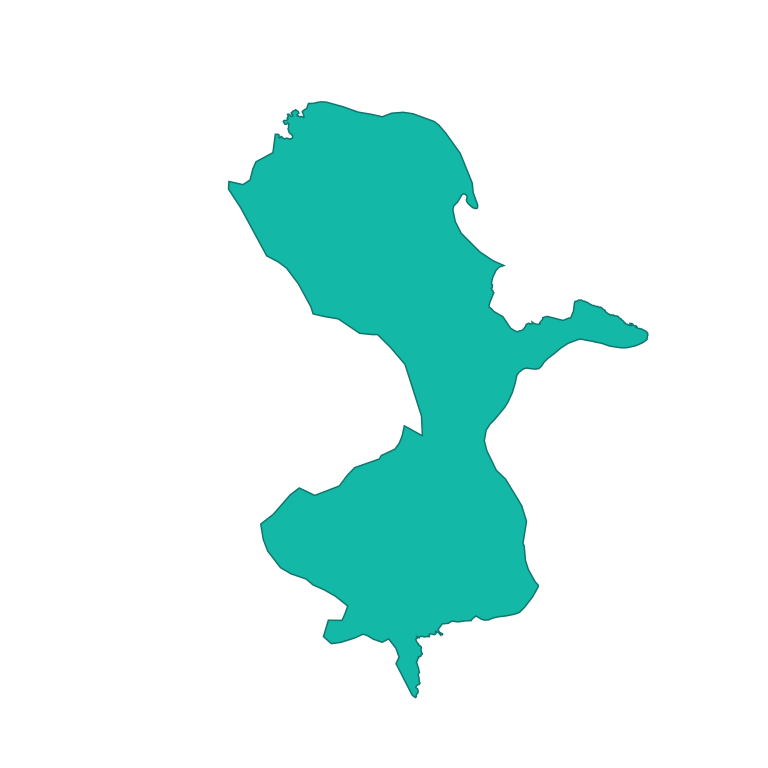 outline of Kabare, Sud-Kivu, Democratic Republic of the Congo, rotated 302°
{"feature_id": "63176286B3160723083670", "entity_name": "Kabare", "entity_type": "district", "adm_level": 2, "iso_a3": "COD", "parent_name": "Democratic Republic of the Congo", "parent_adm1": "Sud-Kivu", "projection": "equal_earth", "projection_center": [28.728, -2.413], "detail": "fine", "context": "isolated", "style": "filled", "palette": "teal", "viewbox_px": 768, "rotation_deg": 302, "n_neighbors": 0, "source": "geoboundaries", "source_scale": "gbopen_adm2", "svg_char_len": 6147}
<svg xmlns="http://www.w3.org/2000/svg" viewBox="0 0 768 768"><g transform="rotate(302 384 384)"><path d="M548.0,422.9L546.3,411.1L546.8,395.3L552.7,369.7L559.5,358.4L568.2,350.1L572.0,348.8L577.3,350.0L586.0,349.8L587.5,350.9L587.9,352.4L587.6,354.2L586.3,355.7L583.7,356.3L582.4,357.8L581.3,360.6L580.6,365.8L581.0,368.0L581.9,369.4L582.5,369.9L584.2,369.4L585.5,368.5L593.6,358.2L601.2,352.3L620.0,326.4L629.6,303.1L632.7,293.0L633.2,287.5L628.6,265.5L624.6,256.3L617.8,247.1L609.7,240.9L605.7,229.6L600.9,218.1L597.4,202.3L592.4,185.5L589.9,181.1L587.7,178.4L584.7,175.6L581.9,171.3L576.7,172.4L572.1,170.2L571.4,170.7L569.7,173.2L567.7,174.8L567.1,174.0L567.2,173.0L567.3,172.8L567.0,171.8L566.4,171.6L565.9,171.1L565.8,169.8L566.0,169.2L565.6,169.0L565.6,168.1L566.2,167.6L567.2,167.7L568.3,168.2L569.1,167.8L569.4,167.2L569.6,166.2L569.7,163.6L568.5,163.5L567.5,162.3L566.3,162.0L565.5,162.2L565.1,161.8L564.6,161.7L563.9,162.7L563.8,163.9L563.5,164.4L562.7,164.7L562.1,164.0L561.9,163.6L562.0,163.4L561.8,162.4L562.4,161.1L562.4,160.4L561.6,159.3L561.0,160.1L559.9,161.0L558.1,161.0L557.9,161.9L557.3,162.3L556.8,162.2L555.8,161.5L555.0,160.2L554.2,159.5L553.4,159.4L553.2,159.6L551.9,161.9L551.8,162.5L552.7,163.8L553.7,163.8L554.3,164.1L554.3,164.9L554.1,165.6L553.4,166.1L553.0,166.0L552.2,166.3L550.7,167.3L549.7,167.3L549.1,167.8L548.0,169.4L547.3,169.9L546.7,171.3L546.6,173.5L545.8,175.0L545.3,175.5L543.8,175.9L543.5,175.9L543.0,175.3L542.4,175.1L542.3,174.6L542.1,174.5L541.9,174.8L541.6,174.5L541.3,172.1L540.9,171.3L540.5,170.7L539.1,169.6L539.0,167.6L539.3,167.1L539.5,166.4L539.4,165.5L538.2,165.4L537.3,164.8L537.3,164.3L538.7,163.6L539.6,162.9L539.5,161.3L538.9,160.9L538.4,160.3L538.2,159.5L521.3,167.2L504.7,157.7L496.9,158.8L486.1,162.3L478.3,158.7L473.6,145.2L466.9,148.8L457.5,169.1L430.5,216.7L431.5,229.5L430.7,239.8L423.5,258.5L410.7,281.1L405.9,286.7L409.9,298.4L415.0,310.7L414.1,336.5L419.5,347.5L422.5,352.4L418.6,369.7L411.8,391.4L376.7,432.8L360.6,443.9L360.3,442.3L359.3,423.4L349.7,426.9L341.9,428.3L334.6,427.8L321.9,419.6L318.0,419.8L297.6,403.5L286.8,401.2L273.9,400.2L252.8,384.3L250.9,367.2L240.3,363.2L214.9,359.2L199.9,353.7L188.1,364.1L180.6,374.1L173.4,393.5L173.7,405.6L177.4,421.5L176.0,430.1L177.7,441.8L178.3,455.1L176.5,470.9L168.3,472.7L161.3,473.7L154.2,462.0L137.7,466.5L135.9,476.9L141.9,484.2L152.8,493.5L160.7,498.8L161.8,502.7L161.9,510.0L164.0,519.3L170.3,523.0L166.2,534.2L160.4,541.5L153.2,542.4L135.6,571.9L135.0,573.2L134.8,574.8L134.8,576.7L135.4,576.6L135.5,577.1L136.2,577.0L137.4,576.1L140.3,576.4L141.7,575.7L143.0,574.4L143.4,573.4L143.3,571.9L144.1,571.5L146.6,571.9L147.3,572.4L147.6,572.9L148.2,573.1L149.6,572.9L149.8,572.2L150.3,571.7L153.7,569.1L155.3,567.3L156.5,566.8L158.2,566.9L160.2,564.7L161.2,564.0L162.7,562.0L164.6,559.9L165.3,558.8L167.0,559.0L168.2,558.3L170.1,558.6L170.4,557.7L171.1,557.7L172.2,559.2L173.1,559.5L173.8,559.0L174.8,559.6L175.5,559.5L177.0,557.3L178.8,555.9L180.6,555.2L181.0,554.1L181.1,551.3L181.6,550.9L181.8,551.1L182.0,550.8L182.2,549.2L184.1,546.3L185.1,546.4L186.1,547.1L186.5,545.9L187.3,545.4L187.7,547.1L187.6,547.7L187.7,548.5L188.5,548.2L189.5,549.0L190.6,550.8L190.6,551.8L190.9,552.4L192.1,553.5L192.8,554.6L193.5,554.7L193.2,555.6L193.5,556.2L194.2,556.3L195.9,555.0L196.4,555.2L197.1,556.7L197.7,558.7L198.1,559.4L199.1,560.2L200.1,560.3L200.9,559.1L201.2,559.3L201.7,559.0L201.9,562.3L201.1,565.1L202.1,564.6L202.4,564.9L202.2,566.3L202.3,566.5L202.6,566.5L203.0,566.2L203.1,565.7L202.8,562.5L203.6,561.4L204.3,560.0L211.4,560.5L215.1,565.3L218.5,567.0L220.4,570.0L220.3,570.4L221.7,573.1L226.8,579.2L229.5,583.3L232.0,583.4L236.0,585.0L236.2,591.3L237.0,594.3L239.4,597.7L243.1,600.3L246.4,603.5L248.9,606.4L251.8,610.2L258.0,616.7L260.8,619.0L262.2,619.9L269.0,621.5L282.1,622.8L293.5,622.3L295.2,621.3L296.3,617.1L303.1,604.8L309.2,597.6L321.2,588.5L322.1,586.5L343.1,577.6L353.7,565.3L359.6,553.8L367.8,537.3L370.3,525.1L381.8,506.7L388.9,499.2L398.9,495.1L406.2,495.2L411.7,496.5L427.9,498.7L434.6,498.7L444.7,497.4L454.9,494.6L458.9,493.0L462.2,492.0L465.3,492.3L470.1,493.9L472.8,496.0L474.5,499.8L477.0,504.8L479.1,507.1L482.4,508.1L487.6,508.2L492.8,509.5L499.5,512.1L508.1,514.9L516.0,518.5L524.1,524.7L526.5,527.0L526.7,527.9L529.0,534.1L531.0,538.8L531.3,540.5L533.8,546.7L535.7,555.2L540.5,566.3L543.7,571.0L549.5,576.9L555.5,581.1L558.6,582.6L561.2,583.5L561.9,582.9L563.4,582.5L564.3,581.9L564.8,581.7L565.3,581.9L566.0,581.2L566.5,581.0L567.2,579.7L567.5,577.4L567.2,574.9L567.3,573.8L566.9,573.0L566.8,572.1L565.9,570.2L565.6,569.2L565.8,568.9L565.7,567.8L566.0,568.0L566.1,568.6L566.4,568.6L566.4,567.9L566.9,567.1L566.0,565.2L566.1,564.1L566.6,563.0L566.5,561.8L565.4,559.9L565.7,561.4L565.6,562.9L565.0,563.2L564.5,562.8L564.4,562.5L564.5,561.6L564.0,561.3L563.8,560.2L563.5,560.1L563.6,558.6L563.1,557.4L563.5,556.1L563.5,555.7L563.2,555.4L563.3,555.2L563.8,554.9L564.3,552.9L564.3,551.7L564.9,550.2L564.8,549.8L564.8,548.6L565.0,547.2L565.3,547.0L565.2,545.7L563.9,543.2L564.1,541.7L563.2,541.2L563.0,540.8L563.0,540.1L562.4,539.5L562.4,538.7L562.7,538.3L562.3,537.7L562.5,535.1L563.0,532.6L563.6,532.4L563.4,530.1L563.9,529.3L563.8,527.5L564.0,527.0L563.6,526.4L563.0,526.2L563.1,524.2L562.0,522.5L561.9,520.5L561.0,519.2L561.1,517.0L560.8,516.5L561.0,513.4L560.9,512.8L560.5,511.9L560.5,510.3L559.9,509.1L559.7,507.8L559.8,507.0L558.3,504.5L556.9,504.1L555.1,502.2L553.4,502.7L546.1,506.1L538.9,507.3L537.9,505.8L532.8,502.2L527.8,486.5L524.4,483.5L523.0,484.3L518.7,483.6L517.8,483.9L517.6,484.5L516.4,483.3L515.6,481.8L515.0,480.1L514.9,478.0L515.0,476.7L513.9,477.7L513.1,477.6L512.5,476.1L512.4,475.1L512.3,474.7L511.6,474.0L510.6,473.6L510.1,473.1L506.8,473.5L503.2,473.0L501.7,471.7L501.0,470.8L499.2,469.8L498.8,468.9L498.3,465.4L498.5,461.5L504.1,449.2L503.7,438.7L504.8,435.2L505.0,432.3L506.4,431.4L510.5,430.3L517.2,429.2L518.7,428.7L519.6,428.8L520.1,427.4L520.8,427.0L521.1,425.4L521.8,424.7L522.0,424.3L522.5,424.7L523.2,424.6L525.6,423.4L525.5,422.7L526.1,421.9L530.3,420.2L532.9,419.6L539.6,418.8L544.1,419.7L548.0,422.9Z" fill="#14b8a6" stroke="#0f766e" stroke-width="1.5"/></g></svg>